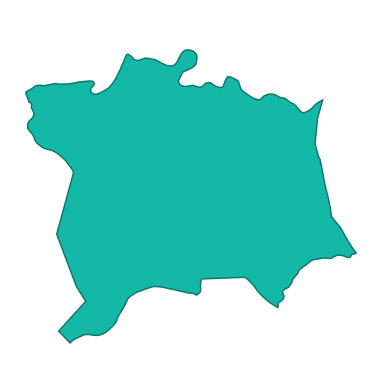 San Antonio del Norte, La Paz, Honduras, rotated 266°
{"feature_id": "27666195B2585232862225", "entity_name": "San Antonio del Norte", "entity_type": "district", "adm_level": 2, "iso_a3": "HND", "parent_name": "Honduras", "parent_adm1": "La Paz", "projection": "natural_earth1", "projection_center": [-87.706, 13.889], "detail": "fine", "context": "isolated", "style": "filled", "palette": "teal", "viewbox_px": 384, "rotation_deg": 266, "n_neighbors": 0, "source": "geoboundaries", "source_scale": "gbopen_adm2", "svg_char_len": 5932}
<svg xmlns="http://www.w3.org/2000/svg" viewBox="0 0 384 384"><g transform="rotate(266 192 192)"><path d="M293.0,35.5L292.7,36.4L292.3,37.1L291.9,37.6L291.4,37.9L290.6,38.0L289.6,38.0L288.2,37.7L287.4,37.6L286.6,37.9L284.6,38.8L283.3,39.4L281.8,39.7L280.3,39.7L279.7,39.6L279.1,39.4L277.9,38.6L276.2,37.1L275.2,35.7L274.5,34.9L273.4,34.1L272.1,33.2L271.4,32.9L269.8,32.7L268.8,32.6L267.5,32.6L266.5,32.8L265.5,33.3L264.2,34.1L262.9,35.3L262.2,35.8L260.9,36.7L259.7,37.3L257.8,38.1L255.3,38.8L253.4,39.6L252.1,40.4L250.4,42.0L247.9,44.7L246.7,46.2L245.9,47.7L245.2,49.1L244.8,50.3L244.0,53.2L243.5,54.5L242.5,56.5L241.7,57.9L240.9,59.1L239.7,60.6L238.1,62.4L234.3,66.2L232.3,68.0L231.5,68.7L228.7,70.3L223.6,73.6L221.6,74.6L219.9,75.3L159.4,54.1L105.6,70.2L90.3,78.4L62.5,49.2L49.9,59.9L50.8,60.8L51.8,61.9L52.3,62.6L52.8,63.5L53.6,65.3L54.5,67.4L55.7,70.8L56.8,73.3L57.1,74.4L57.2,75.1L57.2,76.4L57.1,78.9L56.9,79.9L56.2,82.9L55.8,85.3L55.6,86.5L55.6,87.7L55.8,89.9L56.3,92.0L57.0,93.8L58.2,96.2L60.0,98.9L63.1,102.9L65.4,105.2L67.0,106.6L68.2,107.4L69.0,107.9L69.8,108.2L71.6,108.8L72.7,109.4L77.6,112.9L82.2,116.1L83.5,116.9L85.3,117.9L90.1,120.7L90.9,121.4L91.7,122.4L92.5,123.9L94.9,127.9L95.5,129.1L96.0,130.5L98.6,139.4L99.9,144.3L100.3,146.8L100.4,147.6L100.3,148.8L100.2,149.9L99.8,152.5L99.2,155.6L97.9,160.1L96.9,163.4L96.5,165.4L96.3,166.2L95.3,168.9L93.3,175.7L91.3,181.9L91.2,182.6L91.2,184.7L90.9,185.9L90.7,186.6L90.3,187.2L89.2,188.3L89.1,188.8L89.0,189.3L89.1,189.7L89.3,190.2L90.1,191.4L91.1,192.7L91.4,193.0L91.9,193.3L92.9,193.6L94.3,193.8L95.9,194.0L98.2,193.9L102.6,194.7L103.3,195.0L104.6,195.7L103.3,238.5L101.7,240.6L99.2,243.1L94.1,247.2L88.1,250.8L82.4,255.6L81.3,256.6L76.0,262.2L73.3,266.0L70.7,269.4L71.2,269.7L72.1,270.0L73.0,270.2L74.2,270.1L74.8,270.3L75.4,270.6L75.7,270.9L77.5,274.1L79.9,276.1L80.5,276.4L81.0,276.5L81.7,276.5L85.8,275.3L86.5,275.3L86.8,275.4L87.1,275.6L87.6,276.2L88.3,277.3L88.7,278.0L89.6,280.2L90.1,281.2L90.5,281.9L91.1,282.5L92.3,283.5L94.3,284.9L95.4,285.5L95.9,285.6L96.9,285.8L97.5,286.1L98.3,286.7L99.8,288.3L101.3,289.7L103.0,291.4L104.0,292.1L105.6,292.7L106.9,293.8L108.4,295.8L110.7,299.7L111.8,301.1L112.3,302.3L113.4,303.5L114.9,305.6L115.5,306.8L115.9,308.0L116.6,314.0L116.8,315.4L117.0,320.1L116.6,322.2L116.4,324.0L116.2,324.4L116.0,324.7L116.0,325.1L116.4,326.6L118.3,331.0L118.7,332.4L118.8,333.7L118.8,334.5L118.6,335.8L117.9,338.1L117.1,340.2L116.3,341.4L115.8,342.6L115.7,343.5L115.7,344.5L115.8,345.1L115.9,345.3L118.0,346.6L118.4,346.7L118.5,347.0L118.9,349.1L119.5,351.4L130.0,345.3L136.8,342.0L145.9,337.7L157.7,329.4L166.1,328.9L177.2,327.4L185.2,325.9L190.1,325.1L214.8,322.2L219.1,320.5L231.3,318.1L256.9,322.4L274.7,328.8L274.0,327.1L273.1,325.4L271.4,322.4L270.3,320.9L267.4,317.8L266.2,316.1L265.4,314.7L264.4,312.9L263.8,311.2L263.4,309.6L263.4,308.9L263.5,308.3L263.6,307.7L263.9,307.0L264.1,306.6L264.5,306.2L266.5,304.7L270.1,302.0L271.0,301.3L272.1,300.2L273.0,299.1L274.3,296.7L275.8,294.7L276.4,294.0L277.5,293.1L278.0,292.5L278.8,291.3L279.4,289.8L279.7,288.9L279.9,287.3L280.2,286.5L280.6,285.7L282.0,283.6L283.2,281.6L283.7,280.5L283.9,279.5L284.1,278.4L284.2,277.3L284.3,276.3L284.1,275.0L283.3,271.9L283.0,270.9L282.8,270.5L281.9,269.3L280.0,267.2L279.6,266.4L279.4,265.6L279.4,264.8L279.8,263.3L280.5,261.5L281.2,259.9L282.2,258.4L283.7,256.3L287.3,252.1L289.0,249.9L289.5,249.3L290.0,248.9L290.9,248.4L292.1,247.8L294.1,247.3L296.4,246.6L298.6,246.2L299.2,246.0L299.7,245.6L300.3,244.8L301.1,243.6L303.6,239.4L304.0,238.6L304.1,237.2L304.3,236.7L304.5,236.3L304.5,236.0L304.4,235.7L303.9,235.1L303.0,234.3L301.2,233.2L298.0,231.8L295.8,230.7L295.2,230.2L294.7,229.6L294.4,229.0L294.3,228.4L294.3,227.5L294.4,226.6L294.8,225.3L295.4,224.1L296.1,222.7L297.6,220.5L298.8,219.2L299.3,218.4L299.7,217.7L299.8,216.8L299.9,215.9L299.8,214.9L299.6,213.8L299.4,213.1L298.9,212.3L297.6,211.0L296.7,209.7L296.2,208.7L296.0,208.1L296.0,207.5L296.0,206.6L296.3,205.7L297.0,203.5L298.0,201.5L298.2,200.8L298.2,200.2L298.2,199.1L297.8,195.4L297.8,193.0L297.9,192.2L298.0,191.3L298.2,190.6L298.6,189.8L299.4,188.3L299.8,187.7L300.2,187.3L301.7,186.6L302.4,186.4L303.2,186.3L304.2,186.5L305.9,187.3L311.4,190.6L312.2,191.2L312.7,192.0L313.0,192.7L313.8,195.5L315.5,199.7L316.3,201.3L317.4,202.9L318.3,203.9L318.8,204.4L319.4,204.7L320.3,205.1L323.0,205.8L326.0,206.3L327.4,206.3L328.1,206.2L328.9,205.9L329.7,205.5L330.4,205.1L331.2,204.4L331.8,203.7L332.4,202.9L332.9,201.9L333.3,201.0L333.6,199.9L333.9,198.5L334.1,197.4L334.0,196.1L333.8,195.0L333.4,194.1L332.7,193.0L331.2,191.5L330.2,190.7L325.8,187.9L323.3,186.6L322.7,186.1L321.0,184.6L320.0,183.5L319.5,182.6L319.3,181.6L319.2,180.1L319.2,178.6L319.4,177.5L319.7,176.5L320.4,174.9L321.1,173.5L322.4,171.1L324.1,168.3L325.4,166.4L326.0,165.5L326.4,164.6L327.2,161.9L328.5,157.0L328.8,155.3L328.8,154.6L328.7,154.1L327.3,149.4L327.0,148.1L327.0,146.5L327.4,145.1L327.8,144.2L328.3,143.4L331.3,141.0L333.1,139.1L333.5,138.6L333.7,138.0L333.8,137.4L333.8,136.9L333.6,136.5L333.4,136.2L332.6,135.7L330.7,134.7L327.0,133.1L323.1,130.8L319.3,129.0L311.6,124.5L308.9,122.7L307.7,121.8L305.0,119.5L303.8,118.4L302.5,117.1L301.6,116.0L300.7,114.5L299.2,111.6L298.2,109.6L297.2,107.0L296.7,105.5L296.3,103.9L296.2,103.0L296.3,102.0L296.6,101.1L297.0,100.1L297.8,99.2L298.6,98.6L299.3,98.2L300.0,98.0L301.0,98.0L301.7,98.1L302.4,98.5L303.8,99.7L305.9,101.7L306.4,102.0L307.0,102.1L307.5,102.1L308.0,101.9L308.4,101.7L308.8,101.3L309.1,100.9L309.3,100.5L309.7,99.0L309.9,97.2L309.7,87.9L309.7,87.1L309.3,84.7L308.9,82.0L308.7,79.2L308.5,76.0L308.6,72.4L308.9,67.5L309.1,65.9L309.6,63.9L309.7,62.9L309.6,61.6L309.4,60.0L308.7,55.1L308.4,52.5L308.6,50.7L309.1,47.1L309.1,45.3L309.0,44.2L308.7,43.2L307.5,41.4L305.8,38.5L305.4,37.8L304.8,36.1L304.3,35.0L303.5,33.9L303.0,33.4L302.4,33.2L301.4,33.2L298.9,34.0L295.1,35.2L294.2,35.4L293.0,35.5Z" fill="#14b8a6" stroke="#0f766e" stroke-width="1.5"/></g></svg>